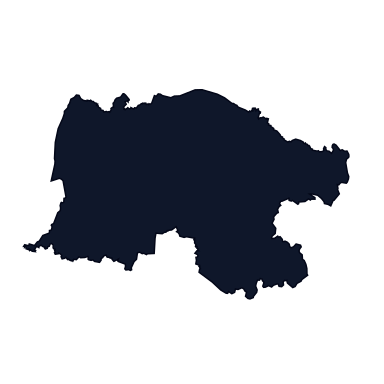 outline of Nong Phai, Phetchabun, Thailand, rotated 196°
{"feature_id": "78962969B28403157938028", "entity_name": "Nong Phai", "entity_type": "district", "adm_level": 2, "iso_a3": "THA", "parent_name": "Thailand", "parent_adm1": "Phetchabun", "projection": "albers", "projection_center": [101.184, 16.029], "detail": "fine", "context": "isolated", "style": "filled", "palette": "ink", "viewbox_px": 384, "rotation_deg": 196, "n_neighbors": 0, "source": "geoboundaries", "source_scale": "gbopen_adm2", "svg_char_len": 5966}
<svg xmlns="http://www.w3.org/2000/svg" viewBox="0 0 384 384"><g transform="rotate(196 192 192)"><path d="M330.0,253.1L331.2,250.5L334.0,247.8L334.1,243.4L334.9,241.0L334.6,238.7L336.9,234.4L336.3,232.1L336.5,227.1L338.1,216.0L337.1,202.1L333.4,186.2L332.2,184.1L331.5,181.0L330.4,163.8L323.3,168.6L321.2,168.4L319.1,167.4L311.7,152.4L312.3,151.1L313.3,150.6L312.4,146.8L313.2,146.0L314.7,146.0L315.0,145.3L315.0,142.6L313.9,140.4L313.5,137.8L315.3,135.1L316.3,123.5L318.0,122.0L318.0,121.0L316.9,120.2L316.7,117.2L317.0,116.4L318.4,115.7L317.9,114.0L318.1,113.0L323.4,109.1L325.3,102.6L326.9,101.4L328.7,97.1L334.1,97.2L334.1,95.9L334.8,95.3L338.3,95.2L338.8,93.4L337.9,93.7L337.7,92.9L337.2,93.9L336.2,93.0L335.9,91.7L333.7,91.6L333.3,92.4L332.1,92.0L332.5,91.5L332.0,90.9L331.2,91.8L329.3,91.0L326.2,91.5L326.9,92.2L326.4,92.7L327.6,93.1L326.4,96.9L323.9,96.4L324.1,97.6L322.4,99.3L320.6,98.5L318.2,98.5L318.5,97.7L317.3,96.8L315.6,98.0L315.6,99.6L314.2,100.6L314.1,102.9L312.8,103.8L310.8,102.8L310.1,100.0L309.0,99.2L307.8,99.2L307.9,97.7L306.7,96.3L307.4,95.7L306.3,94.5L303.0,96.0L303.2,96.6L301.4,96.2L299.7,95.1L300.0,93.7L298.4,91.9L296.0,93.3L295.2,94.5L293.4,93.1L293.0,93.6L292.5,92.8L291.4,93.4L290.6,92.7L288.8,92.6L288.3,93.2L287.5,92.7L287.1,94.7L284.5,95.1L282.7,98.7L281.0,98.1L277.0,99.5L274.3,101.4L273.8,101.0L273.3,98.7L272.5,98.4L270.1,98.5L268.6,99.4L266.5,98.4L261.5,98.9L260.6,101.4L261.0,102.9L259.8,104.3L259.2,106.2L257.3,107.7L255.6,106.0L253.1,106.4L252.5,105.9L250.9,106.4L250.3,105.3L248.0,103.8L244.4,107.1L244.6,106.2L243.9,105.6L244.4,105.4L243.8,104.9L236.2,104.3L235.4,102.1L235.4,99.6L234.1,98.8L231.3,100.0L229.6,99.6L228.6,100.6L229.5,102.4L228.5,109.1L226.8,112.0L227.7,118.6L225.6,119.7L222.9,119.0L221.5,119.8L218.5,119.3L217.9,120.3L211.4,122.5L214.8,137.5L215.3,142.5L209.1,143.7L207.4,145.7L206.0,146.2L205.2,148.1L204.5,147.8L203.6,148.9L201.1,149.9L197.7,154.3L195.0,151.2L195.9,149.6L194.4,149.3L192.7,148.1L191.5,146.2L187.1,146.2L185.0,147.5L176.7,148.3L177.1,147.0L176.2,146.7L176.5,146.1L175.7,145.2L175.5,143.8L173.6,142.4L173.7,140.7L173.1,140.2L172.2,140.8L171.7,139.2L170.5,139.0L170.5,137.5L169.8,137.3L171.1,136.8L172.3,133.9L169.7,133.4L168.6,132.4L168.9,131.0L170.2,130.3L168.9,127.5L168.5,123.9L164.7,123.6L164.8,122.6L164.1,122.7L164.0,121.8L162.8,120.6L163.4,120.0L163.1,116.8L147.7,111.0L137.3,105.7L131.3,104.1L129.8,104.4L129.4,106.4L125.7,105.2L123.4,107.3L123.5,110.7L120.9,111.0L117.6,113.7L115.5,113.1L113.9,111.4L112.0,110.8L111.8,106.5L108.9,105.1L106.8,105.2L104.0,107.4L104.2,108.5L102.2,113.4L102.4,115.8L104.9,119.1L105.1,121.8L104.8,125.3L102.8,125.9L102.5,127.6L100.6,127.5L99.8,126.1L98.4,125.4L97.9,124.4L98.0,121.0L96.9,120.1L95.3,120.7L92.5,123.1L89.3,122.6L88.0,124.8L84.8,127.2L83.6,127.1L82.3,125.3L79.7,125.7L78.4,127.9L79.6,130.7L78.5,132.7L77.4,132.6L76.5,133.2L75.2,130.8L68.8,127.9L66.8,129.6L65.9,133.1L62.6,136.3L62.3,138.1L57.9,143.9L58.9,144.9L60.5,150.1L62.6,153.9L65.3,157.1L67.2,157.7L68.8,162.0L71.8,163.3L72.9,164.8L72.8,167.0L71.9,169.3L73.0,170.8L77.6,170.7L79.3,167.3L81.3,165.8L82.9,166.3L84.2,168.7L86.5,170.0L89.1,170.4L89.9,169.6L91.2,169.4L92.2,171.4L95.0,173.3L96.4,172.4L97.4,173.2L99.8,170.3L102.4,169.3L102.9,170.0L102.8,171.8L100.6,175.0L101.5,180.2L106.4,184.0L105.6,188.3L106.7,190.6L104.7,194.9L103.4,196.0L105.0,199.0L104.2,202.1L103.0,203.6L104.6,204.8L104.3,207.4L102.9,208.0L97.2,212.7L96.3,210.7L94.0,210.7L93.0,211.6L86.9,209.4L86.3,210.2L86.6,211.8L80.8,214.0L78.0,217.5L76.0,216.9L75.4,218.0L71.8,219.0L72.3,220.5L78.4,222.4L76.2,223.2L70.3,223.5L65.8,221.5L62.4,219.1L61.5,217.4L57.7,217.6L54.8,216.9L54.0,222.9L53.2,223.2L49.9,230.8L52.7,234.4L52.7,235.7L54.4,239.2L52.9,239.3L51.9,241.6L50.7,242.5L46.1,243.0L45.5,244.3L45.2,247.7L45.6,250.1L47.8,253.1L52.4,262.7L52.5,266.2L51.0,268.4L51.0,269.6L51.7,271.4L54.3,274.1L56.4,273.2L59.3,274.0L60.8,272.7L66.5,276.8L68.7,277.3L69.6,276.6L69.9,275.3L69.6,273.5L68.1,272.5L67.6,270.9L68.5,267.6L71.6,269.0L73.4,268.6L75.1,269.8L75.6,271.6L77.1,272.2L77.5,270.0L76.7,268.1L77.9,266.8L80.6,265.7L81.9,266.5L82.9,265.8L87.8,265.4L88.1,266.4L89.8,266.4L91.6,268.5L92.5,269.0L93.3,268.6L94.4,269.6L96.5,269.7L96.6,270.2L97.4,269.5L98.3,269.7L98.7,270.6L102.0,271.4L106.9,271.4L109.8,269.2L110.7,267.5L112.4,267.6L113.7,266.4L117.8,267.5L118.1,268.4L119.9,268.8L120.2,269.8L122.2,270.0L122.9,271.2L127.2,274.0L130.7,274.3L131.0,275.6L134.4,276.7L134.5,277.6L136.8,277.4L136.9,278.6L138.6,279.2L138.8,283.4L140.5,283.4L140.8,282.6L144.1,283.7L146.0,282.2L147.0,282.2L148.1,280.5L148.9,281.4L148.9,286.3L148.2,286.5L148.2,287.7L150.6,288.5L151.1,290.1L152.4,289.4L152.9,287.8L154.2,289.8L154.8,288.9L155.4,289.8L156.9,289.1L156.8,287.4L156.0,287.3L155.9,286.6L157.1,286.6L157.7,285.4L158.9,285.8L159.6,284.4L163.3,285.5L171.0,286.3L173.0,287.8L173.6,287.5L176.4,288.5L178.1,288.2L186.6,291.5L194.6,293.0L210.5,293.1L217.2,291.0L230.2,281.0L235.4,279.3L238.3,276.8L247.0,276.5L249.4,277.3L251.5,277.0L252.7,274.2L254.7,274.3L255.2,266.3L256.4,264.7L257.7,265.0L258.0,264.0L259.0,264.3L260.1,263.5L260.9,264.7L262.5,264.2L262.5,263.7L263.9,263.8L264.1,263.0L265.0,263.0L266.3,261.1L267.5,260.5L268.6,257.4L270.5,257.1L270.5,256.2L271.3,255.7L274.0,256.3L273.9,255.4L274.9,254.6L277.0,255.3L277.3,254.2L278.2,254.1L278.8,252.7L280.1,252.8L279.9,253.3L281.3,254.8L279.4,258.2L281.2,260.3L279.6,261.7L278.3,261.0L278.7,262.5L277.8,262.8L277.9,263.6L282.7,266.9L284.6,267.7L285.4,267.4L286.8,263.5L290.3,261.4L291.3,259.5L291.6,256.6L292.3,255.6L290.7,251.8L291.6,251.7L292.9,250.0L292.3,248.5L293.1,246.0L293.9,246.4L295.4,245.6L296.6,245.8L298.7,244.6L300.0,245.9L302.2,245.6L302.9,247.2L305.4,247.8L306.1,249.1L306.9,248.9L306.9,249.9L307.4,249.5L307.3,250.4L308.2,250.3L308.3,250.9L310.3,250.9L311.9,251.8L313.0,251.4L314.7,252.3L315.2,251.5L318.1,251.3L318.1,250.5L321.5,250.1L324.7,251.1L327.2,253.7L328.7,253.6L329.6,252.6L330.0,253.1Z" fill="#0f172a" stroke="#020617" stroke-width="1.5"/></g></svg>